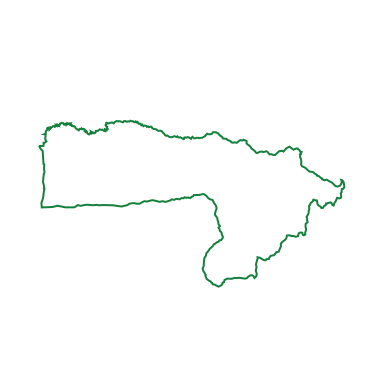 the district of Acacías, Meta, Colombia, rotated 166°
{"feature_id": "7082276B9890611779462", "entity_name": "Acacías", "entity_type": "district", "adm_level": 2, "iso_a3": "COL", "parent_name": "Colombia", "parent_adm1": "Meta", "projection": "robinson", "projection_center": [-73.729, 4.023], "detail": "fine", "context": "isolated", "style": "outline", "palette": "green", "viewbox_px": 384, "rotation_deg": 166, "n_neighbors": 0, "source": "geoboundaries", "source_scale": "gbopen_adm2", "svg_char_len": 6040}
<svg xmlns="http://www.w3.org/2000/svg" viewBox="0 0 384 384"><g transform="rotate(166 192 192)"><path d="M92.4,123.4L92.1,125.0L90.4,127.8L90.1,131.5L89.4,133.6L87.0,134.9L87.2,137.1L86.7,138.4L86.9,140.0L84.1,143.0L83.3,145.6L82.4,146.7L81.8,150.1L80.8,150.8L79.6,152.5L77.0,153.8L76.3,155.1L75.9,155.2L74.6,154.1L72.9,153.6L73.1,149.6L72.5,148.4L70.5,146.3L70.3,145.1L68.7,145.0L67.1,146.6L66.3,146.6L65.3,147.1L64.6,148.5L63.6,148.0L62.9,148.4L60.1,148.4L59.4,147.8L58.9,145.4L57.9,144.6L56.1,147.4L55.0,148.1L52.5,151.3L50.6,150.1L48.7,150.5L48.3,151.4L48.0,154.6L47.7,155.2L46.8,155.8L46.6,157.0L45.8,158.7L44.4,158.6L42.9,160.1L42.5,165.3L43.5,167.1L44.3,167.6L44.1,165.3L46.6,162.4L49.5,162.1L51.3,163.0L54.1,167.5L55.9,168.9L58.3,171.4L60.7,171.4L62.6,172.7L62.4,173.5L63.4,174.3L65.1,176.7L66.9,177.8L66.8,178.6L68.4,180.0L69.2,181.4L70.0,182.2L73.2,183.5L76.5,188.4L79.1,190.4L79.5,192.4L78.6,194.7L78.3,197.7L78.7,199.7L78.3,200.9L78.2,202.1L77.8,202.8L77.0,202.6L76.8,203.6L76.0,204.3L77.3,205.2L77.8,207.0L78.8,207.9L78.9,208.6L80.1,209.0L83.3,208.5L86.5,212.4L89.9,211.6L93.4,209.1L94.6,210.2L97.6,210.5L102.4,207.8L104.1,208.3L105.8,209.5L107.7,209.8L109.0,212.6L109.9,213.5L113.2,213.5L114.9,214.5L116.3,214.6L119.5,214.0L120.4,214.7L121.1,216.5L123.9,220.0L124.2,221.7L127.3,225.8L126.7,228.3L129.5,230.3L130.0,229.8L131.2,229.9L132.2,230.6L133.7,230.4L136.5,228.9L138.8,229.9L140.3,229.9L141.7,230.6L142.4,232.2L144.9,233.7L145.6,235.2L149.0,236.4L149.6,238.5L151.2,239.9L151.3,240.6L152.2,241.5L152.3,242.5L154.2,244.0L156.6,244.9L157.4,244.7L158.8,243.6L160.7,243.7L162.5,244.2L163.2,244.9L164.1,244.2L164.9,244.0L165.7,243.1L169.0,242.1L171.2,242.6L172.0,242.5L172.9,243.1L174.7,243.5L176.4,243.3L177.1,243.7L178.2,245.4L179.6,244.6L180.2,243.8L181.8,245.7L183.0,246.3L184.5,246.0L185.5,246.7L186.4,246.6L187.0,245.4L187.4,245.3L190.2,248.0L191.0,247.9L191.9,248.3L192.7,249.5L193.4,249.0L195.8,250.5L197.6,250.0L199.3,250.3L200.9,251.1L202.4,252.9L203.5,252.8L204.6,254.0L205.0,255.5L205.9,256.5L206.2,257.6L207.0,258.8L210.0,259.6L211.9,261.7L213.8,262.3L215.1,263.5L215.5,265.0L216.0,265.4L218.1,265.3L218.7,266.2L220.0,266.1L220.2,267.0L221.7,267.9L222.6,268.0L223.2,267.7L223.5,268.4L224.3,268.7L224.1,269.5L224.7,269.6L224.8,269.0L225.1,269.0L225.5,270.7L226.8,270.9L227.6,271.6L227.4,272.2L228.1,273.4L229.2,273.0L229.7,274.2L231.3,273.7L232.4,275.1L233.6,275.3L234.4,276.0L235.5,275.5L236.3,275.9L238.7,276.1L239.3,276.9L241.0,277.2L241.8,276.4L242.4,276.4L244.6,278.0L245.7,278.4L246.7,278.4L248.0,279.1L250.4,278.4L251.3,277.5L252.4,278.6L254.0,279.0L256.2,278.7L258.3,279.9L258.7,279.6L258.7,278.4L259.7,277.9L259.4,276.8L258.5,275.9L259.2,274.9L258.5,273.5L259.3,273.2L259.8,272.6L261.3,273.9L261.4,273.2L260.9,272.3L261.2,271.8L263.2,273.1L263.7,274.1L264.7,274.1L266.3,275.1L268.5,274.1L270.6,274.5L271.2,273.0L272.2,272.6L273.0,272.8L273.7,273.9L274.7,274.4L275.5,275.3L275.6,274.2L275.2,273.0L275.7,272.9L276.3,274.0L277.9,272.7L279.2,273.8L279.5,275.3L280.7,275.7L280.4,276.5L281.5,277.3L281.3,277.7L280.3,277.5L281.6,279.3L282.4,279.7L283.4,279.5L283.9,280.4L284.6,279.9L285.4,280.4L286.4,280.1L286.9,279.2L287.2,279.3L287.7,280.2L288.3,280.5L288.6,281.2L289.2,281.6L289.7,282.7L289.6,283.4L290.2,284.2L290.9,284.3L292.0,285.4L292.2,284.9L292.7,285.1L292.8,286.2L293.6,286.3L293.7,286.8L293.0,287.8L294.0,287.7L294.1,287.1L294.5,287.0L294.9,287.4L294.7,288.1L295.9,288.0L296.0,288.9L296.4,289.1L297.0,287.9L297.6,288.3L298.1,287.6L298.6,289.0L299.0,289.0L299.1,288.2L299.9,288.3L300.5,290.1L301.5,290.2L301.8,290.6L303.6,290.2L303.9,289.2L305.4,289.1L305.3,288.5L306.1,289.1L305.9,289.7L306.6,290.3L307.2,290.1L307.0,289.4L307.7,289.9L307.6,289.0L308.5,289.7L309.2,289.3L309.4,287.6L309.7,289.2L311.1,289.5L312.0,288.9L313.1,288.7L313.5,289.0L313.6,288.0L314.9,287.2L314.5,288.3L315.7,288.2L315.8,289.2L316.4,289.2L316.4,288.2L317.2,288.4L317.3,287.3L319.0,286.6L319.9,284.0L321.4,283.8L320.0,283.2L321.6,279.1L321.4,277.2L321.0,276.3L323.1,275.4L324.1,275.7L324.9,272.7L326.4,272.8L328.2,273.6L329.0,273.2L328.7,271.2L327.0,267.8L329.3,255.0L328.7,254.5L329.9,250.6L330.4,246.9L331.6,245.0L334.1,238.0L334.2,232.4L334.9,231.3L334.4,230.6L335.3,229.2L337.4,223.5L338.8,220.8L340.7,218.0L341.5,213.4L331.1,211.2L325.7,211.2L318.5,207.7L309.8,205.6L306.0,206.9L303.3,205.5L299.5,205.4L296.7,205.0L291.6,203.2L287.8,202.6L285.1,201.5L281.6,200.9L271.8,198.2L264.0,195.0L257.6,194.9L255.7,195.8L252.9,195.6L250.3,195.0L248.1,193.8L245.6,193.4L240.6,194.6L237.7,193.6L232.6,193.7L229.4,192.3L226.2,190.4L222.5,190.1L220.6,189.0L219.5,188.8L215.5,189.0L213.3,189.8L211.3,188.7L208.8,189.2L205.8,187.9L203.6,188.6L201.7,188.0L200.4,188.7L199.0,187.7L197.1,187.7L196.2,186.9L195.0,186.6L193.4,187.5L192.2,187.5L191.0,188.6L186.0,187.4L181.8,187.3L180.7,186.9L179.0,184.9L177.7,182.1L176.4,180.6L174.0,179.4L173.3,176.0L172.2,173.4L172.0,171.1L172.1,170.1L174.1,167.1L175.3,164.4L173.8,160.9L174.0,158.5L173.7,156.9L174.1,154.5L173.1,152.2L174.9,151.0L174.2,149.2L174.4,147.5L173.2,145.8L173.3,143.0L172.9,141.4L173.1,140.3L175.3,138.3L177.2,138.4L178.4,137.3L179.7,137.3L182.7,136.0L183.6,135.9L185.0,134.4L188.3,132.7L190.9,130.4L192.7,129.3L194.0,126.8L195.6,125.2L196.5,123.9L198.7,117.0L200.2,115.3L200.1,112.4L198.7,108.3L199.3,107.6L198.9,104.4L197.0,101.8L195.5,100.7L195.3,99.6L194.3,98.8L194.3,97.5L192.2,96.5L189.3,93.8L186.0,94.4L184.6,95.6L184.2,96.7L182.7,96.8L181.7,98.8L178.6,99.4L174.6,98.2L171.3,98.3L168.5,97.4L167.5,97.5L161.4,95.1L159.6,95.1L158.1,96.2L155.8,96.9L154.5,96.9L153.3,96.3L152.6,95.3L152.2,93.4L150.0,94.7L149.4,95.8L148.9,97.5L149.2,100.2L147.6,103.4L147.4,106.4L144.3,111.9L144.2,112.8L141.9,111.7L138.8,108.5L137.1,107.9L136.1,108.8L133.6,108.4L132.8,109.7L131.1,111.0L127.4,110.9L124.9,113.2L122.4,113.1L118.8,117.9L118.4,120.2L117.0,121.4L112.5,123.5L111.2,125.0L110.5,126.8L107.5,126.3L106.2,125.2L104.4,124.9L102.0,123.4L99.7,123.6L98.5,126.1L96.5,126.5L94.8,125.7L94.8,123.6L94.5,123.1L93.5,122.9L92.4,123.4Z" fill="none" stroke="#15803d" stroke-width="2"/></g></svg>